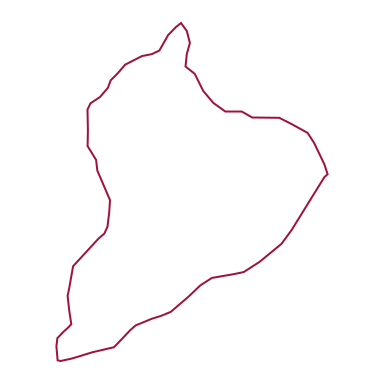 outline of Quebracho, Cerro Largo, Uruguay
{"feature_id": "84410073B4065456644538", "entity_name": "Quebracho", "entity_type": "district", "adm_level": 2, "iso_a3": "URY", "parent_name": "Uruguay", "parent_adm1": "Cerro Largo", "projection": "equal_earth", "projection_center": [-54.796, -32.593], "detail": "fine", "context": "isolated", "style": "outline", "palette": "rose", "viewbox_px": 384, "rotation_deg": 0, "n_neighbors": 0, "source": "geoboundaries", "source_scale": "gbopen_adm2", "svg_char_len": 941}
<svg xmlns="http://www.w3.org/2000/svg" viewBox="0 0 384 384"><path d="M327.6,174.2L324.4,164.4L314.2,143.1L307.6,132.9L290.9,123.7L279.2,117.8L252.2,117.5L241.7,111.5L225.3,111.5L213.4,103.0L203.2,90.9L194.8,73.9L185.5,66.5L186.8,54.0L189.9,43.0L186.8,31.0L181.0,23.0L175.9,27.1L168.1,35.1L159.4,50.5L151.9,54.1L141.9,56.1L133.3,60.5L125.1,64.7L118.0,73.0L110.7,80.3L107.9,87.8L100.0,97.0L90.5,103.3L87.5,109.5L87.9,130.1L87.6,146.1L96.1,159.9L97.3,170.5L110.0,200.1L109.2,212.6L108.4,219.1L107.5,226.6L104.4,233.5L98.3,238.8L73.1,266.2L69.2,288.3L67.6,295.7L69.2,310.3L71.3,324.2L68.4,327.3L63.8,331.5L57.4,338.1L56.4,346.3L57.6,360.3L60.6,361.0L72.0,358.5L92.2,352.3L114.0,347.2L121.3,339.6L130.1,330.3L135.5,325.5L151.4,318.9L160.7,316.0L170.7,311.9L188.8,296.4L200.4,285.3L211.9,277.9L233.5,274.2L243.6,272.1L259.5,261.9L281.5,243.8L291.5,230.2L312.1,196.9L324.4,177.1L327.6,174.2Z" fill="none" stroke="#9f1239" stroke-width="2"/></svg>